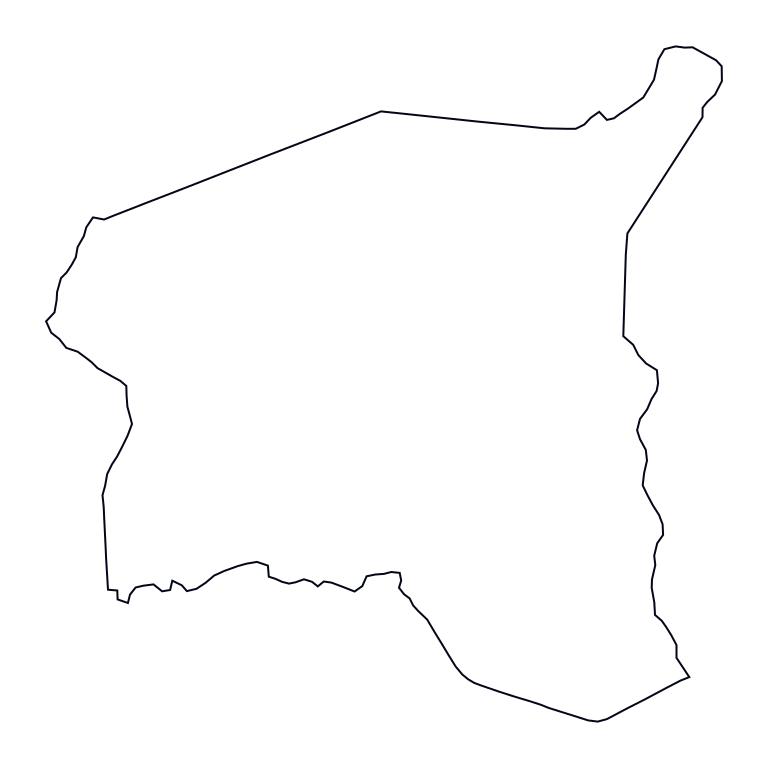 outline of Gravataí, Rio Grande do Sul, Brazil
{"feature_id": "56859067B76792516798439", "entity_name": "Gravataí", "entity_type": "district", "adm_level": 2, "iso_a3": "BRA", "parent_name": "Brazil", "parent_adm1": "Rio Grande do Sul", "projection": "albers", "projection_center": [-50.95, -29.891], "detail": "fine", "context": "isolated", "style": "outline", "palette": "ink", "viewbox_px": 768, "rotation_deg": 0, "n_neighbors": 0, "source": "geoboundaries", "source_scale": "gbopen_adm2", "svg_char_len": 2220}
<svg xmlns="http://www.w3.org/2000/svg" viewBox="0 0 768 768"><path d="M399.0,587.7L404.0,594.2L409.6,598.4L413.2,605.5L418.3,611.1L427.2,619.6L434.9,632.6L441.9,644.0L448.5,655.0L455.7,666.6L462.3,674.5L468.2,679.3L474.2,682.9L481.5,685.6L499.5,691.8L512.9,696.1L528.5,700.8L540.7,704.7L548.9,708.0L561.0,711.8L588.2,720.4L597.7,721.6L606.9,719.1L627.7,708.1L644.3,699.7L666.6,687.8L680.5,680.6L689.3,677.1L676.5,657.8L676.5,645.1L671.1,634.9L666.0,626.8L661.8,620.8L655.0,614.9L654.3,602.4L651.7,587.8L652.0,579.4L655.3,565.1L654.2,555.7L657.2,543.3L663.1,534.9L662.6,524.3L659.1,515.1L652.8,505.2L647.4,495.1L642.7,485.4L644.1,473.2L647.0,460.5L645.8,449.9L640.0,439.2L637.1,430.3L640.0,418.9L647.2,409.2L651.5,399.1L656.6,391.0L658.1,383.3L656.9,370.2L646.1,363.5L638.3,355.0L633.2,344.8L623.3,336.2L625.8,254.7L627.4,233.4L702.5,117.2L702.6,107.8L707.3,101.9L715.0,94.6L721.9,81.1L721.7,66.3L716.1,60.3L692.6,47.3L684.6,47.6L675.7,46.4L664.4,49.2L658.4,59.4L656.6,68.0L654.0,79.7L643.3,97.5L627.5,108.9L620.1,113.7L613.9,118.3L606.9,119.9L599.2,111.8L590.7,117.8L584.4,124.5L575.7,128.8L566.5,128.8L544.5,128.3L515.8,125.3L476.9,121.5L409.9,114.4L381.0,111.4L334.7,129.6L268.9,155.0L184.5,188.1L147.0,202.6L114.2,215.4L104.1,219.5L93.0,217.4L86.3,227.3L83.9,236.0L77.6,247.1L75.8,257.3L71.8,264.6L66.6,272.5L61.0,278.1L57.1,292.0L56.6,300.4L54.5,312.4L46.1,321.3L51.2,332.7L59.3,339.0L66.3,347.9L77.7,351.7L85.0,357.1L91.6,362.2L97.5,368.1L112.2,376.5L120.2,380.8L126.3,385.9L126.6,396.0L127.4,406.7L129.9,415.9L132.0,424.0L127.5,435.9L121.9,447.3L117.0,456.7L112.0,464.3L107.2,474.0L105.1,485.8L102.5,495.2L103.7,507.0L104.2,518.4L105.1,536.7L105.6,546.8L106.1,558.2L108.0,589.7L117.3,590.5L117.6,599.4L127.9,603.0L130.0,594.6L135.6,587.5L143.3,585.7L153.5,584.4L162.1,591.3L170.1,590.0L172.3,580.7L181.8,585.3L186.9,591.1L196.5,588.8L205.6,582.8L214.1,575.6L224.4,570.9L237.5,566.2L246.4,563.7L256.9,561.9L267.9,565.6L268.8,576.7L275.4,578.8L282.0,581.8L289.0,583.6L295.5,582.3L304.0,579.3L312.0,581.8L317.8,586.4L323.8,581.5L331.4,582.6L342.9,586.9L354.6,591.5L362.3,586.1L366.6,576.3L375.4,574.5L383.9,573.9L391.3,572.0L399.7,572.9L401.2,580.5L399.0,587.7Z" fill="none" stroke="#020617" stroke-width="2"/></svg>